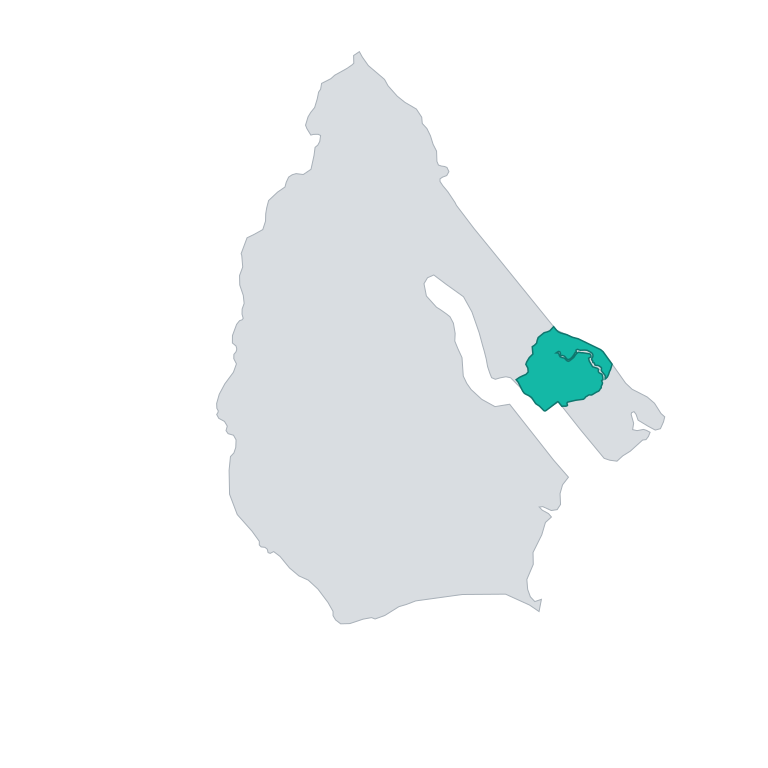 Senegal, with Sédhiou highlighted, rotated 231°
{"feature_id": "SEN-5514", "entity_name": "Sédhiou", "entity_type": "Region", "adm_level": 1, "iso_a3": "SEN", "parent_name": "Senegal", "parent_adm1": "", "projection": "albers", "projection_center": [-15.668, 12.909], "detail": "fine", "context": "in_parent", "style": "filled", "palette": "teal", "viewbox_px": 768, "rotation_deg": 231, "n_neighbors": 0, "source": "natural_earth", "source_scale": "10m", "svg_char_len": 5441}
<svg xmlns="http://www.w3.org/2000/svg" viewBox="0 0 768 768"><g transform="rotate(231 384 384)"><path d="M575.2,355.0L583.8,369.6L582.1,376.7L580.3,387.0L585.1,394.4L590.7,399.2L594.7,403.7L599.2,409.8L600.1,422.1L599.4,431.0L602.3,435.0L604.8,440.1L604.4,444.3L602.8,448.1L597.6,453.1L596.8,462.4L605.6,473.4L611.3,479.4L611.3,482.9L612.9,486.7L617.0,491.1L619.5,490.0L622.3,486.4L623.5,483.8L631.0,484.8L634.5,485.9L639.4,493.1L641.2,498.0L642.5,504.1L647.6,511.6L652.0,516.9L653.0,520.3L656.9,524.7L654.7,534.9L655.0,540.0L652.6,553.6L652.1,560.0L652.3,562.4L658.4,567.1L657.8,574.0L651.8,572.9L641.3,572.2L620.4,576.1L613.2,574.8L599.4,575.4L589.7,577.5L577.3,582.2L567.6,581.2L562.4,577.7L555.5,578.1L547.7,576.3L539.4,573.0L531.9,571.4L523.7,565.2L519.9,564.1L517.2,565.8L515.0,567.9L512.7,569.2L508.2,568.1L506.5,563.9L507.9,559.8L508.2,556.7L506.2,555.0L501.2,554.5L493.2,554.6L480.3,553.4L477.3,552.7L448.4,551.8L418.4,551.9L393.0,551.9L360.9,551.9L338.3,551.9L317.3,551.9L301.1,560.2L283.5,569.3L259.8,574.1L232.6,572.3L223.8,573.5L214.8,577.5L208.2,580.4L198.8,582.1L186.7,580.7L181.8,581.5L178.7,577.4L175.3,570.7L177.5,565.8L184.9,562.7L196.0,558.7L201.8,560.8L205.2,560.9L205.9,558.3L204.8,556.9L196.4,553.3L192.1,548.5L188.5,551.3L185.4,557.1L182.8,558.8L179.0,560.4L176.8,556.4L175.9,552.6L177.7,549.7L176.8,533.1L177.9,524.3L177.4,516.5L182.7,511.5L187.7,508.3L207.1,508.1L225.2,507.9L242.6,508.1L260.3,508.3L262.1,492.8L267.7,491.6L276.1,490.0L291.7,488.1L309.2,486.3L312.9,483.3L315.7,478.1L317.6,473.5L321.2,471.6L326.0,473.1L332.4,475.5L339.1,479.2L346.7,482.7L351.7,484.8L363.9,490.2L384.7,497.7L401.8,500.7L422.5,495.0L437.4,491.3L439.2,484.7L436.8,478.2L425.7,472.3L410.6,473.1L406.0,474.7L398.9,476.7L394.7,477.6L387.6,476.2L378.5,471.1L372.8,466.0L364.8,463.6L355.4,461.2L340.3,450.6L332.4,448.7L324.9,448.2L310.6,450.3L296.6,456.0L289.2,468.9L275.2,468.7L245.4,468.3L218.1,467.9L195.5,468.7L193.3,459.3L188.0,451.8L179.3,445.4L177.4,439.5L180.4,434.4L188.8,430.2L190.7,427.2L186.3,427.6L179.7,430.3L175.3,430.4L174.8,422.3L167.5,411.7L159.3,393.8L149.9,386.5L142.2,372.0L134.0,366.4L126.5,363.8L120.0,364.3L117.6,370.8L109.6,361.3L120.6,358.0L144.2,346.2L171.2,312.3L195.5,272.1L198.6,262.6L201.6,255.4L203.6,239.0L207.0,229.2L210.3,227.3L214.4,219.8L219.3,206.7L224.9,199.4L231.1,197.9L236.0,198.6L239.4,201.3L249.5,203.0L266.3,203.6L279.3,201.7L288.4,197.1L300.5,194.8L315.4,194.7L323.2,192.8L324.0,189.0L325.9,187.8L329.0,189.3L332.0,188.7L334.7,186.0L337.4,185.8L340.2,188.1L352.6,188.8L374.9,187.8L395.5,194.6L414.4,209.3L424.2,219.0L424.9,224.0L428.0,228.9L433.7,233.9L438.9,234.8L443.5,231.6L447.2,231.9L449.9,235.7L455.3,236.5L461.3,234.0L465.6,234.8L466.4,237.1L467.4,238.3L470.3,238.8L474.2,241.7L479.7,249.5L484.3,260.4L487.9,274.4L492.5,282.0L498.2,283.2L501.5,286.0L502.2,289.4L503.8,291.6L506.6,292.9L511.3,292.0L517.0,296.7L523.1,307.0L524.1,311.6L523.2,314.1L523.6,315.9L527.6,317.6L531.5,320.9L534.6,326.0L541.4,330.4L551.7,334.2L559.2,340.0L563.8,347.8L573.3,354.3L575.2,355.0Z" fill="#d9dde1" stroke="#a8b0b8" stroke-width="1"/><path d="M321.8,551.9L317.4,551.9L314.8,552.3L312.5,553.4L307.3,557.1L301.9,559.7L297.2,563.2L296.9,563.4L274.3,574.0L271.2,574.6L255.8,573.7L255.4,573.1L252.6,569.0L251.8,567.1L250.2,564.7L248.9,562.0L248.6,559.6L248.7,559.0L250.1,560.2L250.9,561.0L251.9,561.2L257.6,561.3L258.2,561.7L259.3,562.9L259.8,563.2L260.6,563.1L262.8,562.5L263.9,561.9L264.9,560.6L266.1,559.9L268.0,560.7L268.5,560.3L269.1,560.0L269.6,560.0L270.9,560.9L271.4,560.8L271.8,560.6L272.3,560.7L273.0,561.5L273.6,563.1L274.1,563.8L274.7,564.3L275.3,564.7L276.1,565.0L277.2,565.0L278.2,564.8L282.3,563.1L284.0,561.4L286.7,557.8L287.7,557.1L288.6,556.6L289.3,556.0L289.5,554.7L289.0,554.1L288.0,553.7L287.5,553.2L288.2,552.5L287.4,550.4L286.6,547.6L286.3,544.8L287.0,542.5L288.1,541.9L289.3,541.8L290.7,541.9L291.9,541.8L293.1,541.2L294.0,540.6L294.5,539.7L295.0,538.7L296.8,540.5L298.5,540.9L299.6,540.0L299.8,537.4L298.4,538.9L297.1,538.8L295.8,538.2L294.3,538.0L293.0,538.6L290.8,540.3L289.2,540.6L288.3,540.6L286.9,540.8L285.7,541.4L285.2,542.8L285.2,548.1L286.2,551.5L286.4,552.5L286.4,554.0L286.4,554.7L286.1,555.3L283.9,557.2L283.2,558.1L278.7,562.2L277.6,563.0L276.5,563.0L275.6,562.6L274.8,561.9L275.3,559.2L272.6,557.9L266.2,556.9L261.9,559.7L260.3,560.0L260.0,559.7L259.7,559.1L259.0,558.5L257.9,558.2L256.8,558.4L255.3,559.2L254.2,559.4L253.2,559.1L251.9,558.4L249.6,556.9L249.5,556.5L249.7,555.8L249.7,555.2L249.4,555.0L248.2,554.8L247.6,554.6L247.2,554.4L246.6,553.6L245.4,551.2L245.1,550.9L244.6,550.7L244.3,550.4L244.0,548.5L243.5,547.4L243.4,546.6L243.6,545.3L243.9,544.5L244.7,538.8L244.9,538.3L245.4,537.7L246.3,536.8L246.5,536.3L246.7,535.7L246.8,533.8L247.1,532.9L246.7,531.3L246.6,530.3L246.7,529.3L250.7,522.8L254.3,515.4L254.3,514.7L253.8,514.0L253.2,513.7L252.5,513.5L252.0,513.2L251.9,512.4L252.3,511.4L253.8,509.6L254.7,508.2L257.1,508.2L260.4,508.2L261.0,507.8L261.2,501.3L261.2,499.8L261.4,493.4L261.7,492.1L262.7,491.5L269.0,490.9L273.0,489.6L274.1,489.6L280.1,490.2L281.5,490.0L284.2,489.1L286.3,488.0L288.4,487.2L291.1,487.3L300.9,489.4L304.2,489.4L303.9,493.4L303.1,496.9L302.1,500.4L302.6,503.6L305.8,505.8L310.0,506.6L311.3,508.7L313.1,513.5L313.4,516.5L313.6,518.6L316.5,520.5L319.7,522.7L319.4,525.1L319.7,528.3L321.5,530.5L323.1,533.1L323.1,536.4L323.1,540.7L321.8,543.6L321.0,546.3L321.8,551.9Z" fill="#14b8a6" stroke="#0f766e" stroke-width="1.5"/></g></svg>